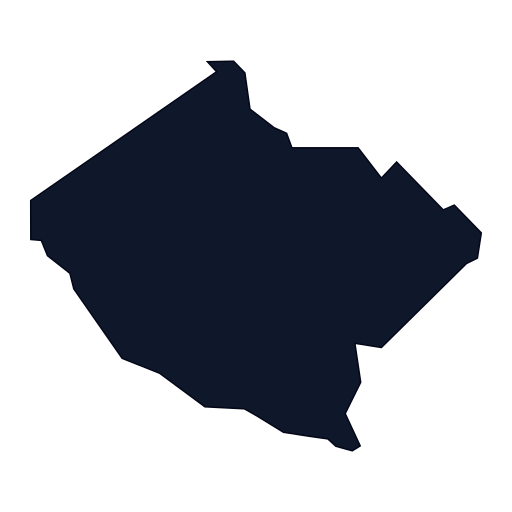 Bibb, Georgia, United States of America (Robinson projection)
{"feature_id": "52423323B78226819496171", "entity_name": "Bibb", "entity_type": "district", "adm_level": 2, "iso_a3": "USA", "parent_name": "United States of America", "parent_adm1": "Georgia", "projection": "robinson", "projection_center": [-83.68, 32.807], "detail": "fine", "context": "isolated", "style": "filled", "palette": "ink", "viewbox_px": 512, "rotation_deg": 0, "n_neighbors": 0, "source": "geoboundaries", "source_scale": "gbopen_adm2", "svg_char_len": 600}
<svg xmlns="http://www.w3.org/2000/svg" viewBox="0 0 512 512"><path d="M454.3,205.1L443.2,209.9L396.6,162.0L381.4,178.1L358.1,147.8L291.9,147.8L286.6,133.3L274.1,127.7L250.0,109.1L244.9,72.9L233.6,61.2L207.4,61.7L216.6,71.7L62.2,178.7L52.2,185.6L30.7,200.5L30.8,239.5L41.3,240.4L47.5,255.7L69.9,273.3L73.8,288.9L122.2,358.4L159.5,373.2L204.9,406.8L244.3,408.8L256.5,415.7L283.5,432.3L309.4,436.3L327.8,438.9L335.9,446.3L352.3,450.8L360.2,445.9L345.2,413.6L360.7,382.3L354.9,343.3L381.4,347.5L466.5,263.5L477.4,258.1L481.3,232.9L454.3,205.1Z" fill="#0f172a" stroke="#020617" stroke-width="1.5"/></svg>